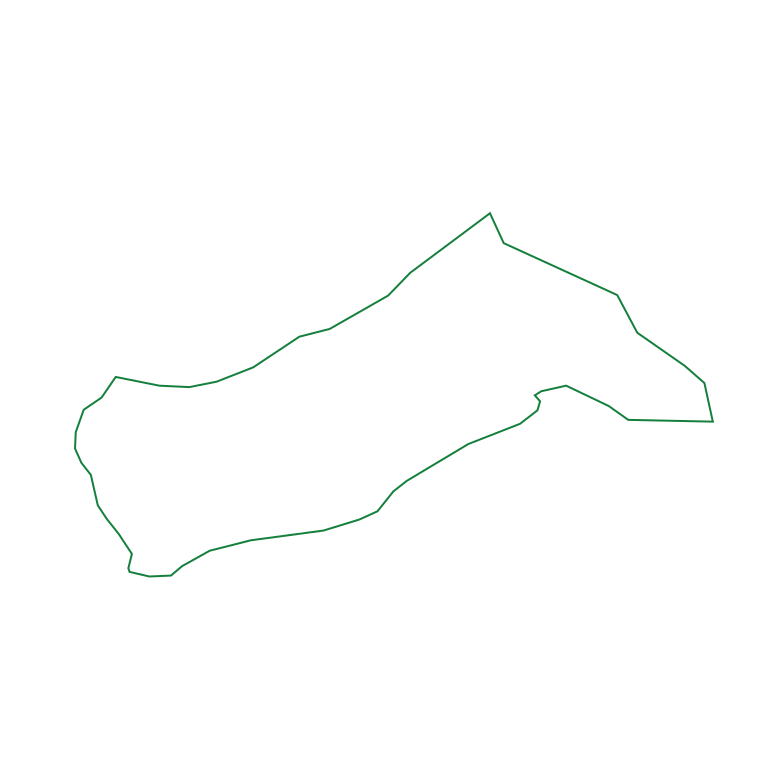 an SVG outline of Pivka, rotated 349°
{"feature_id": "SVN-977", "entity_name": "Pivka", "entity_type": "Statistical Region", "adm_level": 1, "iso_a3": "SVN", "parent_name": "Slovenia", "parent_adm1": "", "projection": "equal_earth", "projection_center": [14.213, 45.688], "detail": "fine", "context": "isolated", "style": "outline", "palette": "green", "viewbox_px": 768, "rotation_deg": 349, "n_neighbors": 0, "source": "natural_earth", "source_scale": "10m", "svg_char_len": 732}
<svg xmlns="http://www.w3.org/2000/svg" viewBox="0 0 768 768"><g transform="rotate(349 384 384)"><path d="M520.6,236.6L528.4,268.6L629.9,341.2L642.4,382.0L682.8,423.7L698.7,444.2L699.6,483.7L616.9,465.8L600.4,448.5L562.5,420.4L537.1,421.1L529.9,423.9L533.9,430.8L529.6,439.1L510.0,449.0L455.3,459.0L387.7,483.5L372.7,491.2L353.3,507.7L334.1,512.3L296.7,516.3L223.4,512.0L181.1,514.4L151.2,524.2L138.3,531.4L117.0,528.2L98.4,519.9L97.9,516.1L104.1,502.7L95.0,480.6L86.1,463.5L79.9,448.5L78.9,417.3L71.9,403.6L68.4,388.4L72.2,372.5L84.3,352.0L104.2,343.4L122.0,325.9L163.2,342.8L192.3,349.9L220.0,349.8L258.8,342.7L309.9,321.4L341.1,319.6L404.9,298.0L431.0,279.8L520.6,236.6Z" fill="none" stroke="#15803d" stroke-width="2"/></g></svg>